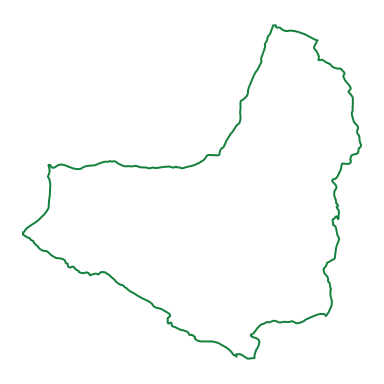 Confines, Santander, Colombia
{"feature_id": "7082276B80163304219298", "entity_name": "Confines", "entity_type": "district", "adm_level": 2, "iso_a3": "COL", "parent_name": "Colombia", "parent_adm1": "Santander", "projection": "albers", "projection_center": [-73.237, 6.361], "detail": "fine", "context": "isolated", "style": "outline", "palette": "green", "viewbox_px": 384, "rotation_deg": 0, "n_neighbors": 0, "source": "geoboundaries", "source_scale": "gbopen_adm2", "svg_char_len": 5947}
<svg xmlns="http://www.w3.org/2000/svg" viewBox="0 0 384 384"><path d="M331.0,289.2L330.6,288.4L329.7,283.7L329.2,282.4L328.3,281.6L328.1,281.1L328.1,279.1L327.8,277.6L327.2,276.5L324.4,273.2L323.5,269.3L323.8,268.7L325.9,266.1L326.7,264.4L327.1,262.8L329.2,261.8L331.5,260.3L333.5,259.4L334.4,258.7L334.9,257.7L335.7,250.5L336.4,246.6L339.1,239.4L339.1,238.8L338.9,238.0L338.0,236.5L337.2,234.2L336.0,228.0L335.4,226.6L334.5,225.6L333.1,224.8L333.1,222.5L332.6,221.6L332.7,220.0L333.1,219.1L334.0,218.9L335.2,217.3L335.9,216.6L336.5,216.4L336.8,216.5L337.8,218.7L338.0,219.0L338.3,218.9L338.7,217.9L338.4,216.3L338.9,213.8L338.9,212.0L338.6,210.1L337.4,208.6L336.7,207.2L336.6,206.9L336.8,206.7L337.6,206.7L338.0,205.7L337.6,204.7L336.2,203.2L335.9,200.2L334.3,195.9L334.1,194.9L334.4,191.5L335.1,190.0L335.7,189.4L336.4,188.1L336.4,186.6L335.7,185.0L332.5,181.6L332.2,180.5L332.3,180.1L332.6,179.6L334.6,179.0L336.0,178.2L337.3,176.8L340.3,170.7L341.1,168.3L341.8,164.0L342.7,163.6L348.3,163.9L349.1,163.8L350.1,163.1L350.8,162.0L350.9,161.4L350.3,159.5L350.9,156.8L351.4,155.6L352.1,155.1L354.0,154.4L356.2,154.0L357.8,153.2L358.4,151.1L358.8,148.3L360.4,147.1L361.0,145.7L360.8,144.3L360.0,142.2L359.5,140.0L359.4,136.9L358.8,135.3L357.5,133.6L357.1,132.5L357.3,130.4L358.1,127.7L358.0,127.1L357.6,126.2L356.9,125.2L354.5,122.8L353.8,121.4L352.4,116.8L351.9,114.3L351.8,113.4L351.9,112.4L352.3,111.8L352.6,110.8L352.6,107.2L352.8,104.6L352.9,99.7L352.8,98.1L352.6,97.2L352.0,96.1L351.3,95.4L350.8,94.4L348.6,92.2L348.6,91.6L348.8,91.1L350.3,89.6L350.6,88.8L350.7,88.1L350.3,87.0L349.0,85.0L345.4,80.9L343.3,76.7L343.6,75.3L344.3,74.3L344.5,73.7L344.3,72.6L343.9,72.1L341.5,69.7L341.2,69.1L340.4,68.6L338.0,68.6L336.7,68.4L335.4,68.1L333.3,67.2L331.8,66.3L330.3,64.2L325.5,62.0L323.4,60.4L321.7,59.7L321.3,59.7L320.3,60.1L319.1,60.1L318.4,59.8L318.7,59.0L318.9,57.3L318.7,55.8L316.5,51.1L315.7,50.4L314.2,48.4L314.0,47.4L314.6,45.8L317.4,40.4L314.9,39.6L304.9,34.3L298.7,32.1L295.2,31.2L292.7,30.8L289.6,30.6L286.9,31.1L285.4,30.9L283.7,30.4L282.5,29.8L280.1,27.7L279.3,27.5L276.7,27.5L276.0,27.0L275.9,25.5L275.6,25.3L273.2,25.4L270.1,34.0L268.1,36.2L267.4,38.3L267.1,40.0L264.8,44.3L265.1,45.0L265.2,46.3L264.4,49.3L261.4,57.6L261.1,58.8L261.4,61.4L261.2,62.5L257.5,69.7L255.7,72.0L254.1,74.9L248.8,87.5L248.1,90.6L247.9,93.1L247.6,94.3L247.1,95.5L245.4,97.6L243.1,99.6L240.9,100.9L240.6,101.5L240.4,104.0L240.6,107.0L240.1,112.7L240.5,116.2L240.5,119.1L239.4,123.3L238.4,123.9L236.7,125.4L235.7,126.7L232.3,132.2L230.8,133.6L226.0,141.4L225.5,143.0L223.6,147.0L223.0,147.6L222.1,148.0L221.3,148.8L220.4,150.2L219.9,151.7L219.5,153.9L219.2,154.8L217.6,155.4L208.6,154.9L207.3,155.4L205.9,157.1L204.5,159.3L202.5,160.8L198.7,163.2L193.7,165.3L189.3,166.5L187.3,166.8L183.2,168.1L181.6,168.3L180.7,168.0L180.0,167.5L177.2,167.4L176.7,166.9L175.1,166.9L174.2,167.5L173.3,167.6L171.5,167.2L169.5,166.5L163.9,166.9L156.5,168.0L152.2,167.6L149.3,168.4L145.9,167.5L141.9,167.4L140.0,167.2L136.8,166.1L135.2,165.8L133.9,166.1L131.4,166.4L127.9,166.1L125.9,166.4L123.6,166.0L121.4,165.1L118.9,163.9L115.6,161.6L114.0,161.2L112.0,161.6L109.8,161.1L107.8,161.8L104.6,161.7L102.6,162.3L98.6,163.7L96.1,164.8L94.2,165.3L87.5,165.9L83.7,166.9L81.1,168.6L79.9,169.0L78.7,169.1L76.8,169.1L73.4,168.5L63.8,164.9L61.0,164.5L58.2,165.1L54.3,167.6L53.4,167.8L51.7,167.4L50.3,165.1L48.7,164.9L48.5,165.5L49.4,168.7L49.6,171.2L49.1,173.6L47.9,176.7L48.7,177.8L49.4,179.6L50.2,183.3L50.3,184.8L49.8,195.3L49.1,200.1L48.6,207.5L48.1,209.0L46.2,211.9L44.3,214.3L38.2,220.3L35.5,222.4L31.8,224.7L27.0,228.1L26.1,228.8L25.5,229.7L24.1,231.9L23.5,232.3L23.1,232.3L23.0,234.4L23.7,235.1L27.2,237.3L29.3,238.0L29.9,238.5L30.9,239.9L33.4,241.2L33.6,242.2L34.2,243.0L36.0,245.0L37.6,246.1L37.9,246.8L39.8,248.9L42.5,250.5L44.0,250.9L47.1,251.3L51.5,255.4L55.2,257.5L56.5,258.1L59.6,258.3L62.3,258.9L63.7,259.5L64.6,260.2L65.1,260.9L65.6,262.7L67.6,263.8L67.8,265.6L68.2,266.7L69.1,267.3L70.0,267.5L71.0,267.3L72.4,266.6L73.2,266.6L73.8,266.9L74.2,267.7L76.1,269.6L77.0,270.2L78.2,270.7L78.7,271.1L79.0,272.0L80.4,272.7L83.7,273.2L85.9,272.5L86.7,272.4L87.8,272.7L88.5,273.0L89.4,274.2L89.6,274.9L90.0,275.2L95.0,273.7L96.4,273.7L97.7,274.3L98.2,274.4L101.3,272.0L101.9,272.0L102.9,272.3L103.3,272.1L105.7,272.5L107.1,274.0L107.6,274.0L108.8,274.6L111.6,277.3L113.8,279.1L114.8,280.0L115.2,280.9L117.8,283.1L120.7,284.9L122.1,284.9L123.0,285.4L124.6,287.0L127.2,288.7L128.1,289.8L130.2,291.3L135.0,293.9L136.9,295.3L141.7,298.0L149.0,301.5L150.9,302.8L152.1,304.0L153.4,306.0L154.6,306.9L156.1,307.6L161.1,308.9L168.0,312.9L169.6,314.2L170.2,315.3L170.0,316.0L169.7,316.6L168.0,317.8L167.7,318.4L167.7,322.5L168.2,323.4L168.7,323.6L170.2,322.6L171.3,322.8L171.6,323.3L171.6,325.0L172.0,325.8L172.7,326.4L174.9,327.0L179.9,329.6L184.3,330.6L185.6,331.2L186.4,331.3L187.4,331.8L188.2,332.5L189.1,334.4L189.8,335.1L190.8,335.0L191.2,334.7L192.3,335.0L193.8,336.2L194.8,336.6L194.9,337.5L194.8,338.2L195.0,338.7L196.9,340.3L198.6,341.0L200.0,341.3L203.0,341.5L211.1,341.4L213.0,341.6L217.2,342.6L219.4,343.6L227.2,348.1L230.4,350.8L231.7,352.3L232.9,354.3L236.3,356.4L236.3,354.3L240.0,354.2L242.1,355.1L246.4,357.9L247.8,358.7L249.1,358.7L250.5,358.4L254.4,358.0L254.6,354.9L255.8,350.9L256.3,349.7L257.6,347.8L258.8,345.0L259.4,342.3L259.3,341.3L258.7,340.0L257.9,339.2L256.5,338.3L251.6,336.6L251.0,335.8L250.9,334.6L252.2,334.3L253.6,333.1L255.6,330.6L257.1,328.5L259.9,325.5L261.7,324.3L263.8,323.7L266.5,322.2L267.1,322.1L269.7,322.3L272.9,320.9L273.9,320.8L275.6,321.0L278.8,322.3L279.8,322.5L281.5,322.3L282.2,322.0L284.1,321.8L288.7,322.1L292.1,321.2L294.1,322.1L295.8,323.0L296.7,323.3L298.6,323.1L301.2,322.3L303.8,321.1L305.9,319.5L311.3,317.1L316.6,314.9L319.2,314.2L320.5,314.0L323.8,314.0L325.0,314.6L325.8,315.9L326.7,315.2L328.9,311.7L331.6,305.5L331.9,301.1L330.6,296.2L330.4,293.9L330.5,290.1L331.0,289.2Z" fill="none" stroke="#15803d" stroke-width="2"/></svg>